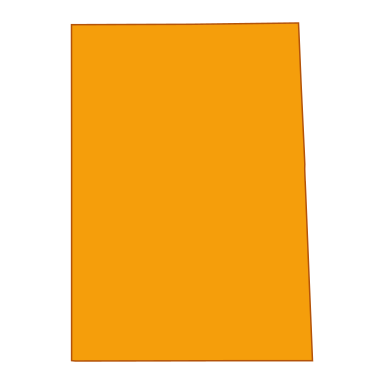 the district of Greene, Mississippi, United States of America
{"feature_id": "52423323B4006821929898", "entity_name": "Greene", "entity_type": "district", "adm_level": 2, "iso_a3": "USA", "parent_name": "United States of America", "parent_adm1": "Mississippi", "projection": "equal_earth", "projection_center": [-88.55, 31.217], "detail": "fine", "context": "isolated", "style": "filled", "palette": "amber", "viewbox_px": 384, "rotation_deg": 0, "n_neighbors": 0, "source": "geoboundaries", "source_scale": "gbopen_adm2", "svg_char_len": 360}
<svg xmlns="http://www.w3.org/2000/svg" viewBox="0 0 384 384"><path d="M71.5,24.7L71.6,152.6L71.6,360.6L75.4,361.0L232.3,360.7L312.5,360.7L312.4,359.3L312.4,358.5L308.8,271.1L305.2,181.7L305.1,180.8L304.7,168.8L304.8,164.3L304.3,152.8L301.1,84.7L299.0,34.6L299.0,34.3L298.5,23.0L190.7,24.3L71.5,24.7Z" fill="#f59e0b" stroke="#b45309" stroke-width="1.5"/></svg>